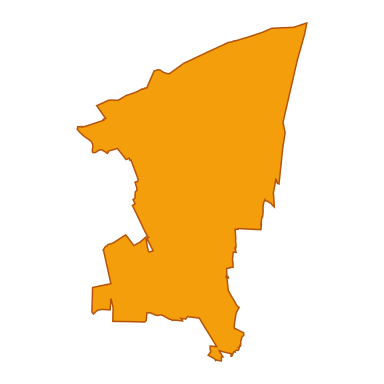 Oaxaca de Juárez, Oaxaca, Mexico
{"feature_id": "50627088B44043795414637", "entity_name": "Oaxaca de Juárez", "entity_type": "district", "adm_level": 2, "iso_a3": "MEX", "parent_name": "Mexico", "parent_adm1": "Oaxaca", "projection": "natural_earth1", "projection_center": [-96.731, 17.097], "detail": "fine", "context": "isolated", "style": "filled", "palette": "amber", "viewbox_px": 384, "rotation_deg": 0, "n_neighbors": 0, "source": "geoboundaries", "source_scale": "gbopen_adm2", "svg_char_len": 5838}
<svg xmlns="http://www.w3.org/2000/svg" viewBox="0 0 384 384"><path d="M107.2,153.4L108.2,152.5L108.0,151.6L108.1,151.3L108.9,151.0L115.9,148.9L117.4,148.4L118.1,149.4L124.4,157.3L125.6,158.9L126.0,159.5L126.5,159.4L129.2,158.2L129.9,160.3L131.0,160.0L138.3,179.6L137.7,181.5L137.2,181.9L136.6,181.8L136.2,181.7L135.1,182.0L136.2,186.2L136.4,186.4L137.1,190.2L136.6,190.5L135.3,191.9L135.3,192.4L135.0,195.0L135.0,197.9L134.9,198.5L134.5,198.6L133.0,199.6L135.1,203.8L133.5,204.8L132.4,205.4L134.5,209.7L139.9,220.9L144.8,231.2L148.2,237.5L148.4,237.6L146.9,238.4L148.4,241.4L153.1,250.8L151.0,251.4L150.2,251.9L149.1,252.1L148.8,251.7L148.5,251.1L148.2,250.1L147.9,249.1L147.7,248.4L147.5,247.5L147.3,247.1L146.4,240.4L146.1,239.3L146.1,238.8L146.0,237.7L145.9,237.0L142.0,240.5L140.7,241.4L140.7,241.9L138.1,243.2L137.5,243.5L133.9,245.6L132.0,243.1L130.0,240.4L129.4,239.7L128.2,238.0L128.0,237.6L127.8,237.6L127.4,237.1L126.3,235.7L125.8,235.0L125.7,234.9L122.5,236.8L122.3,237.0L120.2,238.4L119.1,239.1L116.5,240.8L113.1,243.0L112.6,243.1L112.1,243.2L112.0,243.4L111.1,243.8L108.8,244.3L108.4,244.5L107.7,244.8L107.2,245.7L106.9,246.1L106.7,246.2L106.1,246.1L105.8,246.3L105.2,246.9L104.8,247.4L104.1,248.5L103.1,250.2L103.6,250.6L110.9,283.7L92.6,287.5L91.9,311.9L93.3,314.0L97.6,310.2L101.9,309.4L110.1,309.9L110.9,298.5L113.1,307.5L112.8,321.4L128.5,321.6L144.7,322.0L146.2,320.6L146.9,312.8L147.1,312.8L147.8,312.8L148.3,312.9L148.6,313.0L149.2,312.8L149.7,312.7L150.2,312.8L150.6,312.8L151.2,313.3L151.9,313.7L152.7,313.8L153.2,313.9L153.4,314.0L153.6,314.2L154.8,314.8L155.3,315.1L156.1,315.2L157.5,315.4L158.8,315.3L159.1,315.1L160.0,314.9L160.7,314.9L161.1,315.0L161.7,315.2L162.4,315.3L162.8,315.4L163.4,315.8L167.1,317.9L168.9,318.9L169.5,319.2L169.8,319.2L170.7,319.4L171.9,320.0L172.3,320.4L172.8,320.2L173.9,320.2L175.3,320.2L176.1,320.2L178.3,320.5L179.4,320.6L180.6,320.7L181.7,320.8L182.6,320.9L182.4,320.4L182.2,319.8L181.9,319.2L181.2,318.4L182.8,318.8L184.2,318.8L184.8,318.8L185.7,319.1L186.6,317.9L187.5,316.6L189.3,316.9L197.6,317.9L199.3,318.1L205.3,328.1L205.6,328.5L206.4,329.8L209.0,334.0L216.7,346.6L210.1,346.0L210.1,349.4L210.4,349.9L210.5,350.3L210.7,351.7L210.7,351.9L208.2,355.2L214.5,358.8L215.3,359.7L215.5,360.4L215.8,360.1L216.0,360.0L221.3,361.0L221.4,360.2L221.4,358.4L221.6,356.7L222.9,356.8L219.1,350.5L219.6,350.6L219.8,350.8L220.6,351.1L224.7,352.2L229.7,353.3L231.3,353.8L231.2,354.1L231.0,355.0L230.9,355.9L231.5,356.3L232.1,355.7L233.4,352.7L233.7,351.8L235.1,352.1L235.1,351.5L235.3,351.0L235.7,350.6L236.3,350.3L236.9,350.3L237.5,350.4L238.1,350.4L238.7,349.9L238.9,349.3L238.9,348.5L238.7,348.0L238.4,347.6L239.3,347.6L239.7,345.6L240.4,346.0L240.7,345.1L240.7,341.8L241.0,340.4L241.2,340.0L241.6,338.3L242.2,336.8L243.2,335.9L243.4,335.7L243.7,335.4L243.8,335.2L243.9,334.9L243.7,334.2L243.7,333.2L243.6,332.8L240.9,331.4L240.0,331.0L237.8,329.9L235.3,328.6L234.5,328.7L234.4,328.1L234.1,326.5L234.5,323.9L234.6,322.4L234.9,321.0L235.1,319.4L235.3,318.4L235.7,315.3L235.9,314.2L236.2,313.0L236.6,312.1L237.2,311.1L238.2,309.0L239.1,307.4L237.8,306.5L237.0,305.8L233.8,300.1L230.7,295.0L230.1,293.8L229.6,292.8L229.0,291.7L228.7,291.1L228.5,290.9L228.3,290.3L228.2,289.9L228.2,289.5L227.9,286.3L227.7,285.0L227.0,278.5L228.5,278.0L228.1,276.7L226.2,277.4L225.9,276.3L227.0,275.8L226.8,274.8L226.9,274.6L226.7,272.2L226.7,271.6L226.7,268.5L230.2,267.8L230.2,267.3L232.8,267.4L233.0,267.4L233.0,266.4L233.0,266.1L233.1,265.0L233.0,263.7L232.9,262.2L232.7,261.8L232.7,260.9L232.4,259.5L232.5,259.2L232.8,256.5L233.3,252.1L236.0,252.4L235.9,252.2L235.5,250.4L235.6,249.7L235.6,249.0L234.9,248.9L235.1,247.9L235.4,248.0L235.5,247.1L236.0,247.1L236.0,245.6L235.8,243.4L235.6,241.4L235.6,240.6L235.7,237.6L235.5,234.7L235.2,230.4L235.1,229.2L238.1,229.3L238.1,228.5L249.0,229.1L254.6,229.4L257.5,229.5L257.8,229.5L260.9,229.7L261.4,224.6L260.9,224.5L261.2,223.8L261.4,222.5L261.2,222.5L261.5,219.8L261.9,217.2L262.5,217.0L262.7,216.0L262.8,215.0L262.9,213.5L263.1,212.1L263.1,210.5L263.0,208.8L263.0,207.2L263.4,204.5L263.5,203.7L263.7,202.6L263.9,201.9L264.1,201.6L264.9,200.0L264.8,199.9L264.9,199.7L265.0,200.3L265.9,200.9L267.1,201.0L267.6,201.2L269.1,202.5L270.8,203.1L272.3,205.1L274.3,206.9L273.4,193.1L273.4,192.9L273.4,192.6L274.1,189.0L274.3,187.9L274.7,185.9L275.0,183.8L275.1,183.5L275.2,182.4L275.5,181.9L275.5,181.2L275.6,180.4L275.8,179.2L276.0,179.4L276.3,179.7L276.5,180.4L276.7,181.1L277.4,183.3L279.0,184.0L282.7,148.4L285.1,132.7L283.0,122.3L297.4,59.8L304.7,33.8L306.8,23.0L293.6,27.3L271.7,28.3L262.8,32.2L245.5,37.9L242.3,38.7L239.2,39.8L236.3,40.6L233.3,41.1L231.6,42.0L229.3,42.3L227.8,42.6L226.6,43.3L207.5,52.1L183.6,63.4L169.3,73.8L166.8,73.5L165.3,72.9L163.6,72.4L161.9,71.3L160.2,70.1L158.5,69.7L156.9,70.1L155.0,70.8L154.3,70.8L153.7,72.0L147.1,87.0L147.2,87.8L144.4,88.2L144.3,88.5L144.2,88.7L144.0,88.9L143.8,89.1L143.3,89.1L143.0,89.1L142.7,89.0L142.4,88.8L137.1,91.6L135.7,92.3L135.0,92.5L134.9,92.5L133.4,93.1L126.3,95.5L126.0,95.6L124.2,96.7L123.0,97.4L122.6,97.6L119.3,99.7L119.1,99.8L118.8,99.9L118.6,99.9L118.5,100.0L118.2,100.2L117.7,100.3L114.7,100.3L114.5,100.2L111.7,100.1L110.7,100.1L110.2,100.3L108.6,100.2L107.5,100.7L104.9,102.0L103.9,102.5L103.7,102.5L102.7,103.0L97.8,105.2L97.5,105.8L97.1,105.5L96.7,105.6L100.0,110.4L102.5,114.0L103.2,115.0L104.3,116.5L105.7,118.5L103.1,119.3L103.7,120.3L100.0,121.5L97.2,122.4L97.0,122.5L91.9,124.3L90.5,124.7L88.0,125.5L85.9,126.1L85.0,126.4L83.1,126.9L82.2,127.1L82.1,126.5L79.9,126.7L77.6,126.8L77.7,128.6L77.2,129.0L77.6,129.7L79.4,131.8L83.2,135.6L87.6,138.7L89.2,139.8L90.8,141.1L91.4,141.8L92.5,143.8L93.0,146.5L92.3,149.9L92.4,151.6L93.0,152.6L94.3,152.7L95.8,152.3L98.0,150.7L100.5,149.8L101.3,149.7L103.9,151.1L105.1,151.7L107.2,153.4Z" fill="#f59e0b" stroke="#b45309" stroke-width="1.5"/></svg>